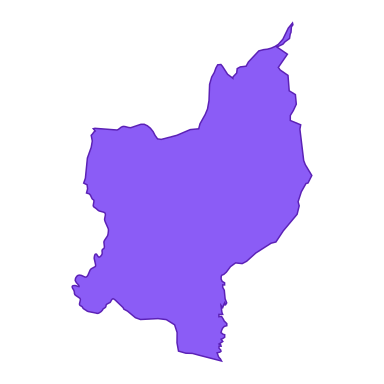 SVG path tracing the border of HaZafon
{"feature_id": "ISR-3056", "entity_name": "HaZafon", "entity_type": "District", "adm_level": 1, "iso_a3": "ISR", "parent_name": "Israel", "parent_adm1": "", "projection": "albers", "projection_center": [35.33, 32.896], "detail": "fine", "context": "isolated", "style": "filled", "palette": "violet", "viewbox_px": 384, "rotation_deg": 0, "n_neighbors": 0, "source": "natural_earth", "source_scale": "10m", "svg_char_len": 3968}
<svg xmlns="http://www.w3.org/2000/svg" viewBox="0 0 384 384"><path d="M221.5,361.0L199.0,355.2L192.4,353.4L185.8,353.2L178.5,351.1L177.0,342.8L177.1,332.5L174.6,324.8L166.3,319.6L158.0,318.6L140.5,319.5L135.4,317.7L127.5,311.1L123.8,309.1L123.1,307.6L115.3,300.1L114.4,299.4L113.1,298.7L112.6,298.9L112.2,299.2L111.5,300.0L110.7,301.5L110.4,302.0L110.1,302.4L109.6,302.7L107.1,304.0L106.7,304.3L106.3,304.7L106.1,305.2L106.0,305.8L105.9,306.4L105.6,307.1L105.1,307.6L103.6,308.6L103.1,309.0L102.8,309.4L102.6,309.9L102.0,310.6L101.2,311.5L99.3,312.8L98.2,313.3L97.3,313.4L96.7,313.3L96.2,313.1L88.1,311.5L86.8,310.9L85.9,310.2L84.2,309.2L83.4,308.6L82.8,307.9L82.5,307.2L82.0,306.6L80.2,305.5L79.7,305.0L79.5,304.4L79.5,303.8L79.6,303.2L80.2,300.8L80.4,299.5L80.2,298.8L79.8,298.2L76.1,295.7L74.9,294.7L74.7,294.2L74.5,293.7L74.4,293.0L74.4,292.3L74.2,291.4L73.8,290.2L72.6,288.3L72.2,287.2L72.2,286.4L72.5,286.0L73.0,285.7L73.6,285.6L74.9,285.5L75.5,285.6L76.2,285.8L77.8,286.4L79.0,286.6L79.1,286.2L78.7,285.2L76.5,282.8L75.7,281.5L75.2,280.4L75.3,279.7L75.5,278.5L75.7,278.0L76.3,277.0L76.6,276.6L77.3,275.8L77.8,275.5L78.3,275.3L78.9,275.2L79.5,275.1L80.2,275.2L81.4,275.4L85.1,277.1L85.6,277.1L86.2,277.0L86.7,276.7L87.1,276.4L88.0,275.0L90.0,270.3L90.6,269.4L91.0,269.0L91.4,268.7L95.4,266.5L95.6,265.7L95.5,264.3L94.2,258.5L94.2,257.8L94.5,255.9L94.9,254.8L95.2,254.3L95.6,254.1L96.1,254.0L96.6,254.3L96.9,254.7L97.8,256.1L98.1,256.5L98.5,256.9L98.9,257.1L99.4,257.1L99.9,256.8L100.3,256.5L101.0,255.8L101.7,254.9L102.1,253.9L102.2,253.3L102.2,252.5L102.0,250.8L102.2,250.0L102.5,249.4L103.9,248.5L104.2,247.8L104.4,246.8L103.9,242.2L104.0,241.5L104.4,240.6L104.6,240.2L107.5,235.9L107.8,235.0L108.1,233.7L108.4,231.0L108.4,229.7L108.3,228.8L105.5,222.5L104.9,220.9L104.6,219.7L104.6,219.0L105.4,214.9L105.3,213.9L105.1,213.2L104.7,212.8L103.7,212.2L99.6,211.1L98.5,210.6L98.1,210.3L97.3,209.6L96.9,209.2L96.1,208.5L93.8,206.9L93.4,206.3L93.2,205.6L93.9,201.5L93.9,200.5L93.6,199.9L92.5,199.2L92.0,198.5L91.5,197.5L90.5,195.3L89.8,194.4L89.1,193.8L87.1,193.2L86.5,193.0L87.6,188.8L87.1,184.8L83.7,183.1L85.4,178.2L87.4,158.0L91.2,147.4L92.3,141.0L91.2,135.3L92.4,134.1L93.9,132.0L95.2,131.0L93.3,128.7L94.6,128.4L94.9,128.3L117.0,130.0L118.2,129.5L121.3,127.1L123.1,126.4L124.8,126.5L128.7,127.5L130.7,127.7L140.9,124.3L144.3,124.3L145.7,125.0L147.3,125.7L150.4,128.2L153.1,131.6L155.1,135.5L157.6,138.9L161.3,139.4L176.9,135.3L190.2,129.6L198.7,128.8L200.0,123.8L205.2,114.5L207.5,109.0L209.0,100.6L209.6,84.3L211.7,77.0L214.3,72.5L215.9,68.0L217.7,64.8L220.9,64.5L222.5,66.4L227.6,74.3L231.1,76.9L232.8,78.3L232.8,78.2L233.0,76.9L236.7,73.0L237.2,68.6L240.3,66.9L246.1,66.2L248.4,62.0L258.8,50.9L263.7,49.6L267.4,49.2L271.3,48.1L275.1,46.4L278.4,44.3L282.9,39.2L288.3,28.1L292.5,23.0L292.9,24.8L291.4,26.9L291.0,32.3L290.2,34.1L289.5,38.5L285.0,41.8L282.9,44.2L276.9,47.0L287.4,54.2L278.3,67.4L280.2,70.0L288.0,75.4L289.2,90.8L295.4,94.6L296.3,104.2L293.3,110.6L290.3,115.5L290.3,120.5L300.7,124.8L299.9,129.2L303.7,160.6L305.3,164.7L311.8,175.5L308.0,183.0L306.0,183.5L301.3,191.8L298.1,201.7L299.2,205.8L297.1,214.3L283.3,230.8L275.9,242.0L271.1,243.2L255.8,253.0L246.6,261.3L242.2,263.6L235.6,262.9L230.5,266.6L226.3,272.2L223.8,274.4L221.8,275.2L221.2,276.3L221.1,279.0L222.2,281.4L224.6,282.8L224.6,284.9L222.7,284.9L222.7,287.3L224.3,290.3L225.1,298.8L226.7,302.9L225.6,304.7L225.2,304.9L225.0,304.1L224.6,302.9L224.0,304.1L222.7,307.6L221.0,305.4L221.9,312.3L222.7,314.4L218.9,314.4L218.9,316.7L220.4,316.5L221.6,316.5L223.5,319.5L224.1,320.9L226.8,323.6L226.8,325.7L224.3,326.4L222.6,328.2L221.6,330.4L221.0,332.7L222.1,333.4L222.7,334.0L223.5,334.4L224.7,334.7L224.7,337.2L223.0,338.4L221.1,339.2L222.8,341.5L219.0,344.0L219.6,344.5L220.2,344.4L220.6,344.6L221.1,346.2L219.0,346.2L219.0,348.2L220.7,350.0L221.0,351.3L219.8,352.2L217.1,352.8L218.4,356.4L219.0,357.5L220.4,358.9L221.5,361.0Z" fill="#8b5cf6" stroke="#5b21b6" stroke-width="1.5"/></svg>